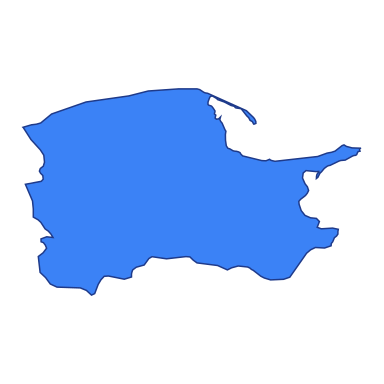 SVG path tracing the border of Pomeranian
{"feature_id": "POL-3140", "entity_name": "Pomeranian", "entity_type": "Voivodeship", "adm_level": 1, "iso_a3": "POL", "parent_name": "Poland", "parent_adm1": "", "projection": "robinson", "projection_center": [18.491, 54.136], "detail": "fine", "context": "isolated", "style": "filled", "palette": "blue", "viewbox_px": 384, "rotation_deg": 0, "n_neighbors": 0, "source": "natural_earth", "source_scale": "10m", "svg_char_len": 2677}
<svg xmlns="http://www.w3.org/2000/svg" viewBox="0 0 384 384"><path d="M344.0,144.9L346.4,146.4L352.1,147.9L361.0,148.2L360.5,148.4L359.3,148.3L359.5,149.0L359.8,150.6L360.0,151.2L358.2,151.5L357.3,153.0L356.7,154.6L355.7,155.3L354.1,155.5L352.6,156.0L345.2,160.1L340.7,160.5L338.9,161.1L330.0,165.4L328.6,165.6L327.1,166.3L324.3,168.4L321.4,171.9L320.7,172.5L319.9,173.3L317.9,177.3L316.4,178.5L316.5,176.3L316.9,174.5L317.7,173.2L318.8,172.5L318.8,171.4L316.1,171.6L306.0,170.6L303.2,173.0L302.5,178.0L305.0,183.7L307.4,186.8L308.6,190.5L307.3,193.2L305.5,195.5L300.6,199.3L298.8,201.4L299.1,204.3L301.2,210.6L305.0,215.4L310.5,217.8L316.4,218.4L319.4,221.5L317.2,227.3L321.3,228.8L332.6,228.1L338.3,229.3L337.9,231.6L337.9,234.1L336.5,236.1L334.4,237.7L332.7,241.8L331.3,243.5L331.1,245.8L324.6,248.0L315.4,247.5L310.6,249.8L306.6,253.2L289.8,277.2L283.6,279.3L270.6,279.9L264.3,278.0L260.8,276.2L253.2,270.3L251.4,269.4L249.8,268.0L247.6,267.0L238.2,266.0L231.6,267.8L227.4,269.9L217.6,265.5L197.0,262.9L193.3,260.2L189.9,256.9L185.9,256.6L166.5,258.8L152.0,256.7L148.9,258.5L144.2,265.0L136.3,267.2L132.7,269.9L132.0,271.8L131.5,273.9L131.5,277.0L124.3,279.2L108.4,276.0L104.2,276.3L101.0,279.7L98.2,284.4L94.7,293.6L91.5,295.1L86.4,290.4L80.3,287.9L57.0,287.1L50.3,284.0L45.6,277.6L40.1,272.4L38.3,256.5L43.1,252.8L46.6,248.2L45.3,245.1L43.4,242.6L41.1,241.8L41.0,238.9L46.7,236.8L53.0,237.5L50.9,234.0L48.3,231.1L45.1,228.9L40.8,222.3L38.1,219.8L33.3,217.1L33.3,209.0L32.5,200.9L25.4,184.3L41.3,181.3L43.2,179.2L42.8,175.5L40.6,173.3L39.4,171.1L40.3,168.5L43.3,166.2L44.5,162.2L43.8,155.2L40.3,149.8L31.0,139.6L23.3,127.6L23.0,127.3L31.5,124.8L36.4,124.2L40.7,123.0L51.6,114.0L86.0,102.0L128.9,95.9L148.2,91.0L178.4,88.9L197.1,88.9L199.7,89.6L203.8,92.3L205.3,92.9L207.7,93.3L246.4,110.7L253.5,117.5L254.7,119.1L255.8,121.4L255.9,123.4L253.9,124.2L253.4,123.7L252.9,122.6L252.2,121.5L250.1,120.4L248.7,117.7L246.8,115.9L241.4,109.0L240.4,108.6L236.4,108.0L235.4,107.7L234.3,106.3L231.1,105.5L224.3,102.0L217.6,99.6L216.6,98.5L212.9,96.3L211.9,96.0L210.5,96.5L209.8,97.2L208.2,101.4L208.0,102.4L208.0,104.5L208.6,105.1L211.3,106.0L211.9,106.5L213.3,108.3L215.0,111.0L214.9,112.1L214.5,113.1L214.5,114.1L215.8,115.1L215.1,118.0L216.4,119.2L218.6,118.9L220.5,117.0L219.8,119.5L220.7,121.4L222.1,123.1L225.0,129.8L225.9,131.2L225.4,134.5L225.5,140.3L226.3,145.8L227.9,148.3L229.7,148.8L233.1,150.8L234.9,151.2L236.4,151.3L238.3,151.8L240.0,152.6L240.7,153.9L242.6,155.9L261.8,160.6L266.0,160.8L269.6,159.3L270.5,160.1L271.9,160.6L275.0,161.3L317.7,156.5L327.1,153.1L331.5,152.3L335.1,151.1L342.1,145.6L344.0,144.9Z" fill="#3b82f6" stroke="#1e3a8a" stroke-width="1.5"/></svg>